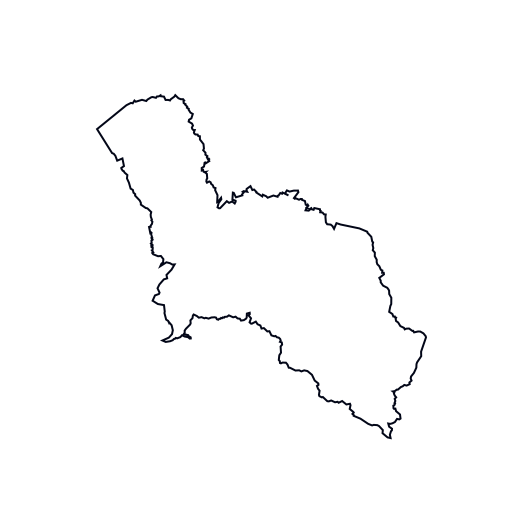 outline of Huanusco, Zacatecas, Mexico, rotated 202°
{"feature_id": "50627088B4993254330501", "entity_name": "Huanusco", "entity_type": "district", "adm_level": 2, "iso_a3": "MEX", "parent_name": "Mexico", "parent_adm1": "Zacatecas", "projection": "orthographic", "projection_center": [-102.931, 21.768], "detail": "fine", "context": "isolated", "style": "outline", "palette": "ink", "viewbox_px": 512, "rotation_deg": 202, "n_neighbors": 0, "source": "geoboundaries", "source_scale": "gbopen_adm2", "svg_char_len": 6096}
<svg xmlns="http://www.w3.org/2000/svg" viewBox="0 0 512 512"><g transform="rotate(202 256 256)"><path d="M311.1,142.6L307.5,142.5L303.7,144.8L301.7,146.7L301.0,148.4L300.2,148.8L299.7,150.0L298.3,150.1L295.8,152.4L294.9,154.8L292.1,154.6L288.6,155.3L286.5,154.6L285.6,155.1L286.1,156.1L288.5,156.5L289.2,157.2L293.7,156.6L293.4,158.2L294.2,160.1L293.7,162.3L291.4,167.8L291.4,169.2L292.7,171.7L291.6,174.6L292.2,177.1L291.9,178.4L288.4,178.2L285.9,177.4L283.6,178.9L280.5,178.9L279.4,179.9L276.5,180.2L274.3,182.3L271.4,183.7L269.9,183.9L268.6,182.7L267.1,182.8L266.6,184.0L265.4,184.5L265.2,185.5L264.1,185.7L263.8,186.6L262.6,186.8L262.3,187.8L260.1,188.9L258.9,190.8L254.2,190.6L252.2,192.1L249.7,191.2L247.5,191.8L245.7,190.5L243.2,192.0L241.7,194.3L241.6,195.5L242.9,199.2L240.6,201.0L240.0,199.8L240.6,198.1L237.3,196.4L237.1,192.1L235.2,191.4L234.5,191.7L231.6,195.1L229.0,193.3L225.9,193.2L223.7,190.8L221.7,192.1L217.2,190.3L215.4,191.3L212.0,188.2L209.0,188.4L207.9,189.2L206.3,188.5L204.2,188.8L202.5,188.1L201.4,186.8L201.6,185.4L199.7,185.5L198.6,183.6L199.3,181.3L196.6,175.7L197.2,172.8L196.9,171.6L195.9,168.1L194.5,167.4L193.7,165.8L192.7,165.8L191.5,167.1L188.3,168.3L186.2,167.2L183.8,164.7L182.5,165.1L176.5,164.6L173.1,166.2L170.7,166.0L168.5,168.0L165.2,168.6L159.6,166.8L154.9,162.5L150.5,161.2L149.8,159.9L150.8,158.4L148.8,156.2L146.6,154.9L145.6,150.8L144.7,149.8L142.0,149.6L141.2,150.3L135.5,148.1L134.0,148.5L132.2,150.2L127.9,150.0L125.7,151.4L124.4,150.9L121.8,153.8L116.6,152.2L113.5,154.2L112.5,153.1L111.8,149.3L107.2,147.8L106.7,147.4L107.4,145.7L105.6,145.0L105.5,144.4L98.2,144.3L89.1,142.4L84.9,142.4L83.6,143.5L80.2,144.6L78.2,144.4L73.2,142.1L72.3,139.1L66.1,137.1L63.0,137.6L64.9,140.4L65.2,144.1L64.7,145.2L65.2,146.8L68.6,147.6L70.6,150.2L68.7,150.6L66.8,152.0L65.0,154.1L64.2,157.8L61.9,158.2L61.1,159.4L63.1,163.0L68.0,164.6L69.6,166.7L70.7,166.0L71.5,166.4L72.6,168.7L71.8,169.7L71.8,171.4L72.5,171.5L72.5,173.8L73.9,175.5L73.1,177.5L75.0,178.5L76.6,180.1L76.6,181.2L78.4,181.7L76.7,182.7L75.4,184.9L74.4,185.2L72.5,188.9L71.2,190.1L70.2,192.0L67.8,192.3L65.5,194.7L66.4,196.2L65.1,198.7L66.7,200.4L67.1,202.4L65.8,206.7L65.5,212.5L66.7,215.9L66.8,217.7L65.3,225.0L67.1,229.2L67.9,244.2L68.6,245.2L71.8,247.0L75.4,247.5L77.5,246.7L80.8,244.4L82.2,245.5L82.9,245.1L86.9,246.1L89.5,244.9L90.6,243.7L91.9,244.8L95.9,245.1L99.3,247.6L101.8,248.2L103.0,250.1L103.0,251.3L104.1,251.2L104.6,251.9L106.0,251.3L107.8,253.3L111.6,254.1L112.7,260.0L112.6,262.1L114.9,268.0L118.2,270.6L119.6,273.7L120.6,274.6L122.4,275.7L127.0,276.1L130.5,278.3L131.1,279.8L133.5,281.9L130.5,286.9L131.3,288.3L132.8,287.7L133.4,289.9L135.1,290.0L137.8,292.7L140.4,293.8L141.8,295.5L142.7,297.8L145.8,300.3L147.1,303.7L149.9,305.1L150.2,307.3L152.1,310.0L152.5,312.5L153.6,312.9L156.3,317.0L161.3,319.3L162.0,320.2L170.5,320.3L189.3,316.9L193.7,316.6L193.8,310.4L196.3,312.4L198.5,313.1L201.9,312.1L203.8,313.4L206.3,318.3L206.9,320.6L208.5,320.1L210.6,321.2L212.8,320.6L212.9,322.0L213.7,322.1L214.2,323.3L219.9,322.3L219.9,320.4L221.6,320.2L222.7,321.1L223.9,319.5L223.4,319.2L224.1,317.8L227.2,316.9L227.2,319.2L226.4,319.6L227.3,319.8L226.3,322.2L227.1,322.8L227.1,322.2L229.1,322.2L231.2,325.3L234.4,325.3L234.8,326.0L236.0,325.6L237.2,324.3L240.8,324.4L241.4,323.6L242.5,323.9L240.6,331.0L241.6,332.4L245.6,330.7L249.0,328.3L251.9,328.4L252.6,324.8L248.6,324.3L255.2,324.8L255.2,323.5L257.1,323.5L257.7,320.6L258.4,320.0L258.2,319.0L262.5,318.6L267.0,314.4L268.9,315.2L272.6,315.4L272.5,313.6L279.5,315.0L279.5,315.5L282.7,316.9L284.1,315.8L287.3,318.7L289.8,314.7L289.5,313.4L288.2,312.3L291.8,311.5L292.3,310.7L291.1,310.7L292.0,307.8L291.4,307.1L296.6,302.9L300.3,306.2L301.2,306.1L299.0,299.5L295.6,299.6L295.2,298.7L295.4,296.7L298.5,297.6L300.9,295.2L303.6,295.9L307.2,286.9L308.1,286.4L309.9,286.7L310.5,291.0L309.4,295.6L310.2,296.9L311.4,292.6L312.2,291.5L314.5,298.0L318.6,301.8L319.0,303.8L321.0,303.7L322.5,305.4L324.7,306.1L325.6,307.3L327.3,307.6L328.9,305.6L329.9,306.4L330.5,308.5L330.3,309.7L332.3,313.7L334.4,314.4L334.0,315.2L335.3,314.4L336.3,314.6L337.3,316.0L338.3,315.0L339.3,317.3L337.7,319.5L338.6,323.2L338.2,323.7L337.3,323.1L334.9,326.5L336.0,327.3L335.7,328.3L336.3,328.6L336.9,327.7L338.6,329.2L338.5,330.4L340.9,331.0L341.5,332.8L344.6,334.3L344.5,336.1L346.6,340.1L351.6,343.0L352.9,346.0L354.4,345.6L355.6,346.7L357.7,346.0L359.2,346.5L359.9,347.4L360.0,349.8L361.3,349.3L362.9,350.1L363.6,351.1L363.3,353.3L364.9,354.8L368.8,355.4L369.1,357.3L367.5,359.4L367.8,364.0L370.5,364.4L373.3,366.4L373.5,367.3L375.6,367.6L375.7,368.7L378.3,369.8L378.3,370.4L380.3,370.7L381.3,372.5L380.8,373.2L382.3,374.1L384.5,373.2L387.0,373.2L391.1,374.9L391.4,373.2L393.8,369.3L394.0,368.0L396.0,367.8L398.3,366.8L401.0,369.3L404.0,368.5L404.7,369.3L405.9,367.6L407.6,366.8L408.0,365.2L411.4,364.7L412.5,364.0L415.2,360.4L415.8,358.6L420.2,358.1L425.3,354.0L426.9,354.6L427.5,351.4L429.3,351.1L432.6,347.3L450.9,314.1L428.0,297.5L426.2,297.5L423.9,296.2L420.4,292.4L416.4,296.4L412.1,289.9L413.9,287.2L413.5,286.5L411.5,285.1L410.5,285.2L409.1,284.1L405.6,282.9L404.7,279.6L401.3,276.4L397.5,271.5L394.9,271.1L393.3,268.8L391.2,268.1L390.7,266.7L384.6,263.9L382.7,262.2L382.0,260.5L376.2,259.2L374.5,259.5L369.6,257.5L369.2,254.9L368.1,252.8L366.2,250.8L366.4,249.9L364.9,249.0L364.5,246.7L365.1,244.4L364.6,243.6L366.0,242.8L362.9,238.1L362.7,238.8L361.5,238.3L361.5,237.1L359.7,234.8L359.8,234.1L358.9,233.8L359.2,232.9L358.0,232.3L358.7,231.0L357.7,229.2L358.1,228.2L356.7,227.7L357.2,227.2L356.9,226.2L355.7,226.3L356.0,225.1L354.8,224.9L354.1,222.7L354.6,222.2L352.6,220.9L353.3,219.9L352.0,219.1L346.7,219.1L344.2,220.4L340.7,218.4L339.8,215.3L340.8,213.4L340.9,210.7L336.7,216.6L333.1,217.1L330.4,216.7L328.3,217.7L329.2,211.7L331.9,204.9L330.0,202.0L332.7,199.8L334.9,193.4L335.2,189.2L331.7,185.9L331.8,184.4L334.9,181.6L335.1,175.8L329.0,174.7L322.9,176.0L319.8,170.3L319.5,168.8L315.5,163.4L313.1,162.9L311.5,161.4L311.4,161.8L308.3,160.2L305.3,156.0L304.6,152.1L306.2,147.7L311.1,142.6Z" fill="none" stroke="#020617" stroke-width="2"/></g></svg>